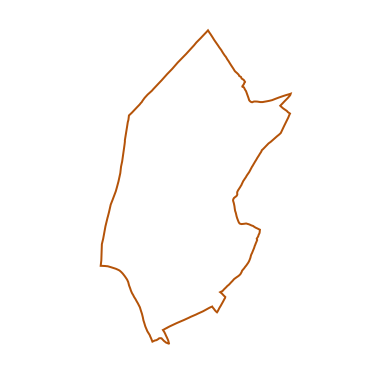 Binh Minh, Vĩnh Long, Vietnam (Natural Earth projection), rotated 41°
{"feature_id": "81297802B92843974613199", "entity_name": "Binh Minh", "entity_type": "district", "adm_level": 2, "iso_a3": "VNM", "parent_name": "Vietnam", "parent_adm1": "Vĩnh Long", "projection": "natural_earth1", "projection_center": [105.858, 10.046], "detail": "fine", "context": "isolated", "style": "outline", "palette": "amber", "viewbox_px": 384, "rotation_deg": 41, "n_neighbors": 0, "source": "geoboundaries", "source_scale": "gbopen_adm2", "svg_char_len": 4725}
<svg xmlns="http://www.w3.org/2000/svg" viewBox="0 0 384 384"><g transform="rotate(41 192 192)"><path d="M214.5,68.5L212.0,68.8L210.4,68.6L205.9,69.1L203.5,69.1L202.0,69.0L202.2,65.6L202.3,63.1L202.6,58.5L202.6,56.9L202.6,55.1L202.5,54.3L202.0,53.1L201.6,53.8L199.4,57.2L198.3,59.0L195.7,63.5L193.7,67.2L192.2,70.1L190.8,72.1L189.4,73.9L186.2,77.9L184.4,79.4L182.0,80.9L180.1,82.4L179.4,83.1L178.9,84.0L178.7,84.6L178.2,85.0L177.1,85.4L175.9,85.4L174.9,85.2L172.8,83.9L167.8,81.1L166.5,80.4L165.3,80.1L164.0,79.6L162.8,79.1L162.2,79.0L161.1,79.5L160.8,79.4L160.6,79.0L160.5,77.8L160.4,76.7L159.9,75.3L159.9,74.3L159.8,74.1L159.3,74.0L158.7,73.8L158.5,73.7L158.2,73.6L157.9,73.6L157.5,73.5L157.1,73.5L156.4,73.6L155.7,73.7L155.3,73.8L155.0,73.8L154.8,73.7L154.0,73.3L153.7,73.1L153.1,73.1L152.2,73.3L151.7,73.4L151.4,73.4L150.8,73.1L150.3,72.9L149.9,72.8L149.2,72.8L148.1,72.7L147.0,72.7L145.7,72.7L144.8,72.6L143.6,72.2L142.0,71.7L140.5,71.3L137.7,70.5L135.4,69.8L133.9,69.3L131.5,68.7L129.8,68.1L128.5,67.7L127.5,67.6L124.1,66.7L121.6,65.9L121.1,65.7L117.5,64.9L115.8,64.4L114.6,64.1L110.2,63.0L108.3,62.5L107.8,62.3L104.1,61.2L101.6,60.5L101.0,60.4L98.0,59.5L98.0,61.2L97.8,65.4L97.6,70.3L97.5,71.7L97.2,76.3L97.3,80.0L97.2,83.8L97.0,91.9L96.8,95.0L96.3,103.7L96.3,106.8L96.3,111.9L96.1,115.8L95.9,119.2L95.8,127.7L95.6,132.0L95.3,139.8L95.3,141.9L94.6,147.6L94.5,152.1L94.8,155.5L95.1,157.2L95.0,158.4L95.1,160.3L94.9,164.1L94.6,171.5L94.2,175.6L96.7,179.3L97.7,181.4L100.4,185.7L107.4,197.0L108.3,198.0L109.8,200.2L111.5,202.8L119.2,214.7L121.8,219.4L125.5,224.8L129.6,232.3L132.0,237.2L134.0,241.4L137.2,250.0L138.9,254.8L142.6,261.7L144.8,266.1L145.0,266.6L149.2,274.7L152.1,279.6L155.6,285.5L158.2,290.5L168.5,303.2L171.5,307.6L174.8,305.0L177.2,303.3L180.0,302.0L184.9,299.9L187.2,299.2L188.8,298.8L191.0,298.8L193.2,299.0L196.3,299.6L198.3,300.1L200.5,300.7L201.8,301.3L202.9,301.8L205.8,303.8L208.6,305.3L210.6,306.5L213.1,307.7L215.0,308.3L217.2,309.2L219.6,309.9L222.0,310.8L224.1,311.5L228.3,313.2L231.5,315.2L234.2,316.8L237.2,318.9L239.5,320.7L241.5,321.9L245.0,324.1L249.7,326.4L253.9,327.7L255.4,328.5L257.2,329.3L259.7,330.6L259.9,330.7L260.3,330.9L261.4,328.4L262.4,327.1L263.0,325.2L263.1,324.2L263.6,323.5L264.1,323.0L264.7,322.6L264.9,322.5L265.0,322.4L265.3,322.4L265.5,322.5L266.7,322.6L267.7,322.7L268.7,322.8L269.6,322.7L270.5,322.7L271.0,322.7L271.7,322.5L272.7,322.1L273.5,321.9L273.9,321.7L274.0,321.6L274.0,321.4L271.5,319.7L268.6,318.3L266.9,317.6L265.0,316.7L263.1,315.9L260.6,315.2L262.8,309.4L263.4,307.9L265.7,302.7L266.5,300.9L269.0,295.7L269.7,294.3L272.2,288.8L272.9,287.1L275.5,281.7L276.2,280.0L278.5,275.0L279.4,272.6L281.0,268.2L281.6,266.8L282.4,265.2L283.1,265.5L283.7,265.6L285.1,265.8L286.4,266.1L287.5,266.3L288.6,266.4L289.8,266.4L289.7,265.4L288.7,261.3L288.4,259.4L287.4,254.6L287.0,252.9L286.6,251.2L286.5,250.4L286.2,249.8L286.0,249.4L283.9,249.3L280.9,249.0L279.0,249.1L279.4,248.1L280.0,246.6L280.0,244.7L280.3,241.0L280.3,240.0L280.7,237.6L280.8,234.1L280.9,232.7L280.9,230.2L281.1,229.2L281.6,227.0L282.0,225.6L282.3,224.1L282.4,223.0L282.4,222.0L281.9,219.7L281.5,218.8L281.4,218.0L281.4,215.5L281.2,213.2L281.2,212.0L281.0,210.2L280.8,208.3L280.4,206.6L280.1,205.7L279.7,204.6L279.3,203.5L278.8,202.5L278.3,201.6L277.7,200.1L277.4,198.8L276.7,196.8L275.7,193.8L275.3,192.8L274.7,191.5L274.3,190.1L273.9,189.2L273.4,187.6L272.8,185.9L272.7,185.5L272.5,185.3L272.2,185.2L271.8,185.0L271.5,184.8L271.4,184.3L271.3,183.6L271.2,182.8L271.1,182.4L271.1,182.2L270.8,181.5L270.5,181.0L270.4,180.6L270.1,179.5L269.8,178.5L268.0,175.9L267.0,176.2L265.4,176.6L263.3,177.2L261.4,177.5L260.6,177.5L259.6,177.9L258.6,178.3L257.8,178.5L256.2,179.0L254.5,179.8L253.8,180.1L253.4,180.4L252.2,181.8L251.0,183.1L250.3,183.8L249.1,184.4L248.4,184.5L247.2,184.2L245.4,183.3L243.2,182.1L241.6,181.1L239.3,179.4L238.4,178.8L237.0,178.0L235.4,176.7L233.5,175.0L231.7,173.6L230.6,172.8L229.3,172.0L228.6,171.5L228.1,170.8L227.8,170.0L227.7,169.3L227.6,169.0L227.7,168.6L227.9,167.3L228.1,166.6L228.2,165.5L228.1,165.2L228.0,164.6L227.7,164.0L227.1,163.5L226.4,162.7L226.0,161.9L225.6,160.2L225.5,159.3L225.2,157.3L225.2,156.9L225.0,156.2L224.7,154.2L224.4,153.4L223.8,151.2L223.5,150.2L223.3,148.4L223.2,147.9L222.9,145.3L222.8,144.7L222.6,144.0L222.4,142.4L222.3,141.4L222.1,139.6L222.0,139.0L221.4,136.5L221.2,135.6L220.7,133.5L220.6,132.5L220.2,130.5L220.1,129.9L219.6,127.3L219.5,126.4L219.1,124.3L218.9,123.4L218.6,121.2L218.4,120.0L218.1,118.3L217.9,116.6L217.6,115.4L217.3,114.8L217.3,114.5L217.5,112.9L217.9,105.1L218.5,102.5L219.6,94.2L220.1,91.4L220.3,89.2L218.5,82.8L217.9,80.6L215.8,72.6L215.0,70.3L214.9,69.9L214.5,68.5Z" fill="none" stroke="#b45309" stroke-width="2"/></g></svg>